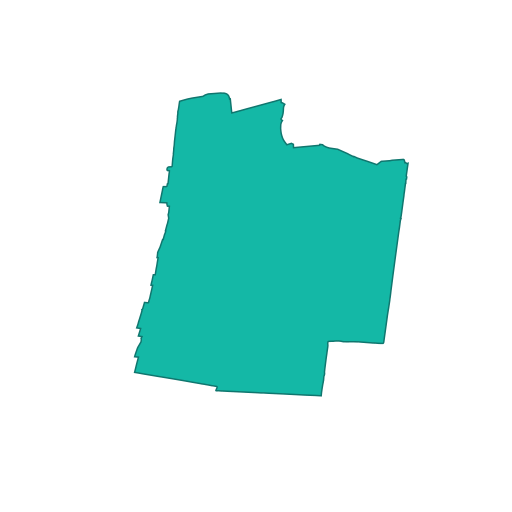 the district of Rijswijk, Zuid-Holland, Netherlands, rotated 307°
{"feature_id": "6326949B66276661234302", "entity_name": "Rijswijk", "entity_type": "district", "adm_level": 2, "iso_a3": "NLD", "parent_name": "Netherlands", "parent_adm1": "Zuid-Holland", "projection": "robinson", "projection_center": [4.329, 52.037], "detail": "fine", "context": "isolated", "style": "filled", "palette": "teal", "viewbox_px": 512, "rotation_deg": 307, "n_neighbors": 0, "source": "geoboundaries", "source_scale": "gbopen_adm2", "svg_char_len": 6009}
<svg xmlns="http://www.w3.org/2000/svg" viewBox="0 0 512 512"><g transform="rotate(307 256 256)"><path d="M421.6,321.6L420.6,320.9L420.6,319.2L420.1,318.8L421.5,317.1L421.8,316.5L422.0,316.2L421.9,315.9L421.8,315.5L421.5,315.2L418.6,311.9L414.4,307.1L412.7,305.6L407.0,299.1L401.7,297.6L400.6,294.1L398.7,288.2L396.8,282.7L395.4,278.5L395.2,277.9L394.4,274.2L394.0,274.2L393.7,272.5L393.3,270.5L393.0,268.9L392.9,267.8L391.6,262.2L390.4,257.0L386.4,249.7L385.4,247.0L384.9,244.6L384.8,243.3L384.8,242.8L385.0,242.3L384.2,240.9L383.9,240.3L383.5,239.8L382.7,240.2L365.1,220.8L367.7,218.6L367.5,217.9L367.3,216.5L363.4,213.7L364.3,210.6L365.0,208.6L366.0,206.5L367.5,204.3L369.0,202.4L370.8,200.6L372.7,198.9L375.4,197.0L376.0,196.6L377.5,196.0L378.7,195.7L380.1,195.6L380.1,195.2L380.1,194.9L380.1,194.6L380.1,194.2L380.2,193.9L380.3,193.8L380.4,193.6L380.6,193.5L380.7,193.4L380.9,193.4L381.7,193.3L382.3,193.3L382.6,193.2L383.4,192.9L384.3,192.6L385.4,192.1L386.1,191.8L387.3,191.1L388.0,190.7L388.6,190.3L389.2,189.9L390.1,189.3L390.5,189.0L391.1,188.7L391.5,188.4L392.2,188.2L392.9,187.9L393.6,187.8L394.5,187.7L394.4,186.8L394.2,184.9L393.7,183.8L396.1,181.8L395.3,181.2L390.1,177.3L389.6,176.9L389.0,176.4L380.6,169.9L373.5,164.4L369.9,161.6L368.5,160.5L366.0,158.6L364.6,157.5L364.4,157.4L364.1,157.1L363.2,156.5L361.6,155.2L357.8,152.3L355.7,150.6L357.3,149.0L366.0,140.9L365.5,140.4L366.1,139.8L366.4,139.5L366.7,138.9L367.1,138.3L367.4,137.8L367.5,137.5L367.6,137.1L367.7,136.7L367.8,136.2L367.8,135.7L367.7,135.1L367.7,134.8L367.6,134.5L367.4,133.8L367.1,133.0L366.9,132.6L366.5,132.1L366.3,131.7L365.8,131.1L364.9,129.7L359.0,123.0L357.0,120.7L356.7,120.4L356.5,120.2L356.2,120.0L354.0,118.5L351.6,117.6L343.6,109.9L340.3,107.0L336.4,104.0L333.6,101.9L332.6,102.4L332.1,102.7L330.8,103.4L330.1,103.8L328.5,104.7L327.5,105.2L326.2,105.9L324.7,106.5L323.8,107.0L323.6,107.2L322.8,107.8L320.3,109.2L319.9,109.5L319.6,109.8L319.3,110.0L318.8,110.2L318.4,110.5L318.0,110.8L317.4,111.2L315.5,112.3L313.8,113.2L312.9,113.6L311.8,114.2L311.5,114.4L311.1,114.6L310.7,114.8L310.2,115.0L309.5,115.6L309.2,115.6L308.8,115.8L308.5,116.0L308.3,116.1L305.3,117.9L299.9,121.1L299.2,121.5L298.2,122.1L297.3,122.7L295.3,124.0L292.6,125.5L291.7,126.1L291.0,126.6L288.7,128.0L288.1,128.3L287.9,128.5L287.3,129.0L286.0,129.7L283.8,130.9L282.3,131.8L280.1,133.2L277.4,134.9L277.0,135.0L276.9,135.0L276.7,134.9L276.4,134.8L274.9,133.0L274.7,132.8L274.6,132.7L274.3,132.5L273.8,132.3L273.3,132.2L273.0,132.2L272.6,132.3L272.1,132.5L271.6,132.8L271.2,133.1L271.0,133.7L271.0,133.9L271.1,134.1L271.9,135.2L272.0,135.5L270.2,136.7L269.7,136.9L260.8,142.2L260.6,142.0L260.3,141.8L259.9,142.0L258.4,142.8L258.0,142.8L257.4,142.6L256.0,140.7L255.8,140.4L255.6,140.2L255.3,140.3L253.2,141.2L251.7,142.0L250.8,142.4L247.2,144.1L240.9,147.1L244.8,152.8L244.0,153.5L243.4,154.1L243.1,154.5L242.5,155.3L242.7,155.6L243.1,156.1L243.5,156.6L243.6,156.9L238.3,160.1L236.1,161.0L233.6,163.6L232.4,164.1L228.6,165.8L227.3,166.2L222.2,168.3L221.6,168.5L221.6,168.9L219.9,169.6L217.9,170.1L214.4,171.5L213.3,172.0L213.0,171.5L204.9,174.2L204.1,174.3L203.3,174.5L200.2,175.2L199.8,175.3L199.6,175.4L199.2,175.6L199.0,175.8L197.6,176.6L196.6,177.2L195.5,177.8L195.2,177.9L195.7,178.6L195.8,178.8L190.8,181.4L190.3,181.7L187.8,183.0L186.5,183.6L185.7,184.0L180.4,186.8L179.2,185.3L174.5,187.5L173.4,188.0L172.4,188.4L169.5,189.7L170.4,191.1L169.0,191.7L168.0,192.2L167.6,192.4L161.1,195.3L159.6,196.0L158.5,196.5L155.7,197.5L154.0,198.2L153.7,197.9L153.5,197.7L151.8,194.9L151.1,195.2L147.1,196.7L145.6,197.3L145.4,197.3L145.1,197.3L144.9,197.2L144.6,197.1L144.3,197.2L144.1,197.6L143.4,198.0L142.1,198.5L141.9,198.6L135.3,201.0L133.2,201.7L130.5,202.8L129.3,203.2L129.0,203.3L128.3,203.5L126.8,204.0L128.7,207.5L126.3,208.4L121.3,210.2L123.0,213.4L120.9,213.9L120.8,214.2L119.9,214.9L118.9,215.5L118.6,215.7L117.8,215.9L113.8,216.4L112.7,216.5L111.1,216.8L104.9,218.8L102.5,219.7L104.5,223.0L97.9,225.7L90.0,229.1L90.5,230.0L91.7,232.3L94.1,237.1L99.5,247.5L101.1,250.6L102.5,253.2L106.0,259.9L109.8,267.2L113.1,273.6L117.1,281.5L120.5,288.1L121.2,289.6L122.5,291.9L123.2,293.4L123.8,294.5L125.7,298.4L125.8,298.7L126.1,299.2L126.4,299.6L127.1,301.0L128.1,303.0L128.2,303.3L128.2,303.5L127.9,303.9L127.7,304.0L127.4,304.1L125.2,304.7L124.6,304.8L124.4,305.0L124.6,305.6L125.9,307.2L127.2,309.3L128.8,311.6L130.0,313.4L131.2,315.2L134.5,320.0L147.7,339.4L149.6,342.3L151.3,344.6L154.3,349.1L157.1,353.2L162.9,361.7L170.2,372.5L174.3,378.6L180.2,387.1L183.6,392.2L186.2,390.6L190.0,388.5L191.9,387.5L193.4,386.7L195.5,385.7L196.6,385.1L197.5,384.7L198.4,384.1L199.7,383.3L199.9,383.1L200.4,382.8L200.9,382.6L201.2,382.5L201.9,382.3L202.3,382.1L203.0,381.8L203.4,381.5L203.7,381.3L204.2,380.8L204.7,380.4L204.9,380.3L205.9,379.7L207.4,378.8L213.7,375.2L217.2,373.2L220.5,371.4L221.7,370.7L224.6,369.1L226.6,368.0L227.7,367.3L228.0,367.1L229.2,366.0L229.4,365.9L230.0,365.5L230.3,365.3L230.6,365.2L230.8,365.2L231.1,365.2L231.5,365.4L231.7,365.6L232.0,365.9L232.2,366.2L233.6,367.9L234.4,369.0L234.8,369.4L235.5,370.1L235.9,370.6L236.4,371.2L237.3,372.4L238.0,373.3L239.0,375.0L239.8,376.7L240.1,377.3L241.9,379.8L243.5,381.9L245.5,384.5L246.3,385.6L247.7,387.5L248.0,388.0L249.0,389.3L250.5,391.7L252.5,394.8L253.3,396.1L256.0,400.3L256.8,401.6L258.5,404.0L260.0,406.4L261.7,408.8L262.3,409.6L262.6,410.0L262.8,410.1L263.0,410.1L263.3,410.1L263.7,410.0L264.2,409.8L268.5,407.4L285.0,398.2L284.9,398.2L285.4,397.9L292.7,394.0L294.1,393.3L301.1,389.5L302.2,388.8L303.9,387.9L306.7,386.3L308.9,385.0L323.1,376.9L341.2,366.7L361.0,355.6L365.3,353.3L368.8,351.3L370.9,350.1L372.1,349.6L373.4,349.2L373.2,348.6L374.5,348.2L375.6,347.7L376.8,347.0L378.1,346.3L381.1,344.6L385.0,342.4L388.0,340.7L389.1,340.1L392.9,338.0L395.0,336.7L396.2,336.1L401.8,332.9L403.9,331.7L404.1,331.9L406.3,330.4L407.6,329.6L408.0,329.9L409.6,329.0L409.9,328.8L410.2,327.9L411.6,327.1L415.4,325.0L421.6,321.6Z" fill="#14b8a6" stroke="#0f766e" stroke-width="1.5"/></g></svg>